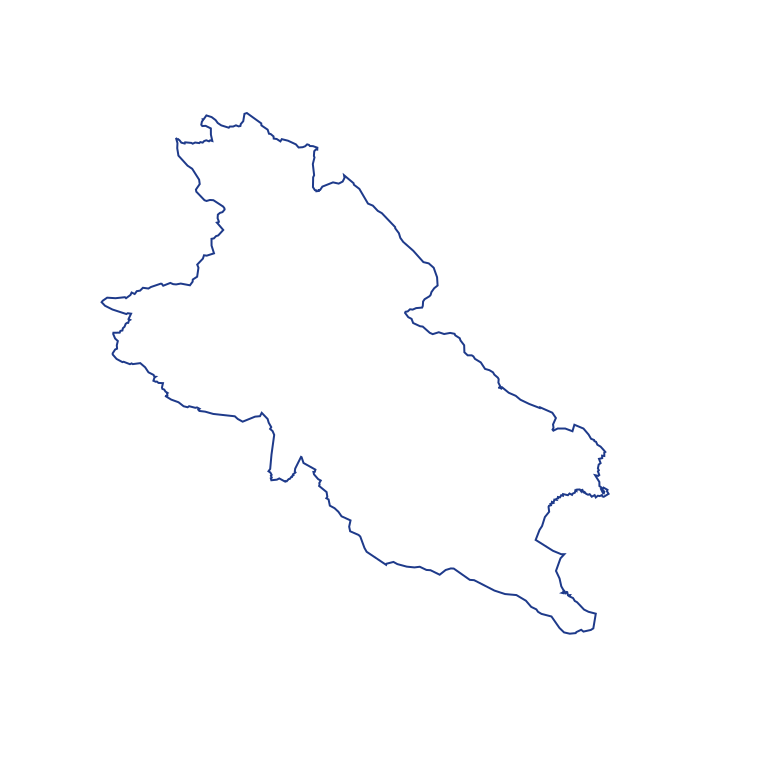 outline of Killarney Lea-7, Kerry, Ireland, rotated 38°
{"feature_id": "5873133B17042866960097", "entity_name": "Killarney Lea-7", "entity_type": "district", "adm_level": 2, "iso_a3": "IRL", "parent_name": "Ireland", "parent_adm1": "Kerry", "projection": "robinson", "projection_center": [-9.439, 52.045], "detail": "fine", "context": "isolated", "style": "outline", "palette": "blue", "viewbox_px": 768, "rotation_deg": 38, "n_neighbors": 0, "source": "geoboundaries", "source_scale": "gbopen_adm2", "svg_char_len": 6129}
<svg xmlns="http://www.w3.org/2000/svg" viewBox="0 0 768 768"><g transform="rotate(38 384 384)"><path d="M601.9,305.1L599.8,302.4L600.2,301.3L597.8,300.8L593.2,300.0L589.5,300.5L586.7,299.0L585.0,299.5L584.0,298.8L580.9,299.7L576.4,297.9L568.6,296.3L559.1,298.9L561.6,305.2L554.3,307.5L548.3,312.1L546.2,316.5L544.9,316.2L544.6,314.2L542.1,311.8L540.4,305.0L534.3,303.0L521.3,306.3L521.6,307.0L510.8,310.3L501.2,312.4L495.1,312.2L487.7,314.1L478.9,313.9L478.0,314.5L480.1,315.4L477.7,315.5L476.5,316.7L477.3,315.0L476.9,314.2L473.3,312.5L471.4,309.6L469.8,308.9L465.2,308.7L462.7,307.7L458.6,308.2L454.3,309.9L447.0,307.4L440.2,308.2L437.4,307.2L435.5,307.4L432.3,309.9L427.8,309.5L423.3,304.1L417.5,302.6L415.5,301.3L410.2,301.8L408.7,301.0L404.7,303.0L400.6,307.6L395.3,309.5L391.7,314.7L388.5,315.5L379.2,314.9L376.8,316.3L369.4,318.0L365.6,315.7L362.0,316.4L356.8,315.0L356.5,313.8L358.0,312.2L358.5,309.1L360.8,307.7L362.6,304.4L367.0,300.3L366.5,298.6L364.0,294.9L363.8,292.2L365.8,286.9L365.9,285.1L364.8,282.4L364.6,277.6L365.6,273.4L360.1,267.2L351.6,261.8L345.0,261.4L340.0,263.7L325.1,261.0L311.7,260.2L306.9,258.8L302.9,256.0L297.0,254.4L296.2,253.5L277.1,250.7L272.5,251.4L265.4,250.3L260.3,251.7L244.4,245.4L237.6,245.5L236.4,244.5L224.0,244.1L226.0,245.9L226.8,249.9L225.4,253.0L224.9,254.0L219.7,256.5L213.9,266.4L214.2,270.4L213.1,271.3L213.8,272.0L212.0,273.8L211.2,273.2L210.2,273.8L206.8,272.6L200.9,264.7L200.4,262.5L192.5,254.5L189.7,248.2L188.4,247.5L185.7,243.5L185.9,241.1L187.1,240.4L186.0,238.8L181.6,240.3L179.1,242.1L177.6,241.8L175.9,242.5L175.5,245.2L174.1,247.5L171.1,250.2L167.0,249.4L158.5,251.4L152.7,254.0L153.0,256.6L148.6,257.0L146.0,258.5L144.5,256.9L140.7,256.8L139.3,257.6L135.7,255.2L128.2,255.7L126.8,254.2L109.1,254.9L107.7,257.0L111.3,263.6L111.1,267.3L112.0,269.1L110.8,270.5L108.1,271.3L106.6,274.0L104.0,276.0L103.9,277.6L96.5,280.4L92.3,280.7L88.8,279.7L83.8,279.8L78.7,281.7L78.9,286.2L78.1,287.0L78.9,287.5L79.0,289.4L80.4,292.2L82.0,292.6L84.5,290.4L90.2,289.2L94.1,294.1L99.1,298.2L97.0,299.0L96.7,300.5L93.9,301.4L92.7,303.3L92.5,305.4L90.3,306.5L90.1,307.9L86.5,310.0L85.3,312.4L83.8,312.6L78.5,316.0L78.9,317.2L75.7,318.6L73.2,317.9L71.0,317.8L70.5,318.6L68.6,318.2L72.9,321.3L75.9,325.5L81.4,330.6L94.8,332.9L100.4,332.5L112.5,336.8L115.7,339.9L116.1,346.6L117.7,348.0L129.4,349.7L131.5,349.0L133.5,346.2L136.4,344.2L148.0,343.2L150.1,343.8L151.0,344.7L150.9,348.0L149.4,350.1L148.8,352.8L150.8,355.8L153.9,357.7L154.1,358.3L153.0,359.7L162.5,361.6L161.9,369.0L160.6,370.9L160.3,374.0L158.7,375.8L162.9,381.1L169.6,385.7L165.3,392.0L162.9,393.4L164.1,396.7L163.3,404.9L166.2,406.6L170.7,414.5L169.0,419.4L170.2,421.2L170.3,425.7L162.0,430.0L158.9,433.5L156.4,435.1L153.4,435.9L149.5,442.5L147.1,441.9L146.3,442.4L140.6,451.1L139.6,453.8L134.8,456.6L134.3,460.6L132.0,463.1L132.2,466.3L132.9,466.4L128.8,467.3L129.4,470.0L127.9,475.2L126.4,475.1L119.6,481.7L112.7,486.4L111.1,491.5L111.1,493.4L116.0,494.1L124.1,492.5L137.9,487.5L138.5,486.0L141.4,484.3L142.7,490.1L144.4,489.8L143.9,491.0L144.8,493.3L143.9,494.0L143.4,495.6L144.3,498.6L143.9,500.8L144.9,502.9L143.6,504.4L144.1,506.3L139.2,510.2L139.8,511.3L144.1,513.7L147.8,514.0L149.6,518.0L151.9,520.5L150.9,522.3L151.3,526.9L152.1,527.8L157.8,528.9L164.4,527.8L165.1,526.8L171.6,524.8L172.4,523.2L173.8,523.0L179.1,517.6L185.5,517.9L191.2,519.8L196.8,518.7L198.5,519.6L199.6,518.9L199.2,520.4L200.3,523.4L202.7,522.8L203.5,521.9L205.6,522.0L209.3,519.4L211.2,523.5L212.4,524.3L214.3,523.7L216.4,524.5L219.0,524.3L218.8,525.0L220.5,526.5L220.4,527.3L218.8,528.1L225.9,527.3L233.3,524.9L239.8,524.9L243.6,523.2L244.1,521.5L250.0,518.9L251.1,517.6L253.9,517.1L253.5,518.6L255.1,518.9L260.1,515.9L267.9,512.7L286.3,501.3L290.3,501.6L295.8,500.7L302.5,489.1L306.1,485.7L305.4,482.0L313.8,483.2L317.0,485.5L321.7,487.4L321.9,489.5L325.2,489.7L328.8,491.7L338.8,508.9L346.6,521.0L346.7,523.9L348.9,523.7L351.4,524.8L351.3,525.9L353.2,526.9L352.8,528.0L354.5,529.2L358.5,525.3L359.6,522.9L366.1,521.8L366.0,521.2L367.2,520.6L367.4,517.7L368.2,516.7L368.1,514.6L368.7,513.9L368.3,513.3L368.8,511.6L367.9,511.2L368.7,508.2L367.5,507.8L366.1,505.3L363.5,492.5L364.1,492.4L369.2,495.8L382.7,493.7L383.5,495.8L382.5,496.7L384.5,498.3L390.7,499.5L393.6,499.0L394.0,501.9L395.2,503.0L395.6,504.3L405.3,504.5L408.8,507.8L408.9,509.5L411.4,509.1L416.2,513.2L421.5,512.3L426.9,512.8L432.0,514.4L441.6,512.1L444.4,517.9L448.0,520.9L456.9,518.6L459.2,518.8L469.5,525.2L473.6,526.9L497.0,525.2L496.6,524.1L501.0,518.4L505.4,517.7L514.4,513.9L520.9,509.8L524.7,506.0L531.9,504.4L535.3,502.1L545.3,500.0L547.1,492.6L550.2,488.2L552.6,486.5L572.2,485.5L575.8,483.1L598.2,478.8L608.7,475.0L618.3,468.8L629.3,467.4L637.2,469.0L642.8,467.8L645.6,468.7L649.6,468.2L659.1,464.1L672.4,468.2L678.8,468.9L684.1,466.4L688.4,462.3L688.3,461.1L690.7,456.3L693.6,456.3L698.4,450.5L699.4,447.7L692.3,434.6L685.4,437.6L680.5,438.6L670.4,437.1L667.9,437.5L664.8,436.3L660.8,437.2L660.6,435.8L659.0,437.2L656.5,435.2L655.9,435.5L655.9,436.9L654.2,436.3L654.6,438.2L652.9,439.0L653.4,438.0L652.7,436.1L648.3,434.3L642.1,429.2L634.6,425.4L630.4,412.7L630.9,407.1L628.5,409.0L619.9,411.4L599.5,413.5L596.4,403.2L596.0,398.6L592.7,389.8L592.8,383.0L589.3,379.5L589.0,378.4L590.2,376.8L589.0,376.1L590.1,374.4L589.5,374.6L588.9,373.5L590.6,373.0L589.4,370.2L590.9,369.3L590.4,369.2L590.6,368.2L591.6,366.9L590.7,365.9L592.5,364.9L592.1,362.5L593.8,361.9L592.9,360.5L597.4,358.4L597.6,356.1L600.4,355.6L600.1,354.4L601.3,352.1L600.3,350.0L601.6,349.8L600.8,348.7L601.3,348.2L603.2,346.6L605.4,347.2L604.9,346.1L605.5,345.3L607.6,346.6L608.0,346.5L607.2,345.9L608.5,345.6L611.0,346.1L613.0,345.6L613.9,344.2L617.1,344.9L618.4,341.9L620.7,343.0L621.3,340.4L623.0,339.5L624.1,337.3L625.4,338.1L626.6,337.6L628.6,332.3L625.7,331.2L625.3,329.8L620.8,330.5L621.0,332.8L623.9,333.2L624.5,334.8L623.4,335.0L619.5,333.1L619.7,332.2L619.1,331.7L616.6,331.8L614.0,328.6L606.5,325.9L609.4,324.5L609.7,323.2L606.3,321.1L606.4,319.7L604.5,318.8L602.8,315.3L603.4,313.0L599.5,310.6L601.6,308.1L600.0,306.2L601.9,305.1Z" fill="none" stroke="#1e3a8a" stroke-width="2"/></g></svg>